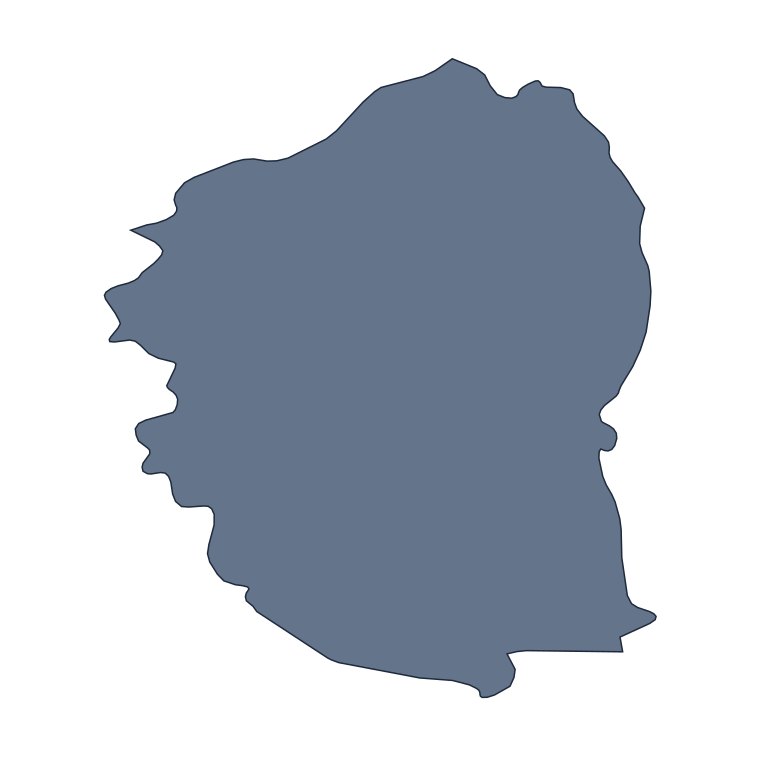 an SVG outline of Orebro, rotated 176°
{"feature_id": "SWE-183", "entity_name": "Orebro", "entity_type": "County", "adm_level": 1, "iso_a3": "SWE", "parent_name": "Sweden", "parent_adm1": "", "projection": "equal_earth", "projection_center": [15.084, 59.383], "detail": "fine", "context": "isolated", "style": "filled", "palette": "slate", "viewbox_px": 768, "rotation_deg": 176, "n_neighbors": 0, "source": "natural_earth", "source_scale": "10m", "svg_char_len": 2677}
<svg xmlns="http://www.w3.org/2000/svg" viewBox="0 0 768 768"><g transform="rotate(176 384 384)"><path d="M172.4,304.0L174.1,301.3L174.8,294.9L172.2,276.4L169.3,267.7L164.5,257.9L161.7,250.3L158.2,233.1L157.6,222.3L158.9,194.1L156.0,155.9L152.4,147.6L146.5,143.3L134.8,138.4L130.8,135.9L128.8,133.2L129.9,130.0L135.4,126.7L166.2,115.1L164.6,100.2L260.6,108.1L270.0,107.8L280.1,106.2L273.1,90.2L274.8,82.2L279.4,73.7L295.4,66.1L302.7,64.3L308.0,64.5L309.6,65.9L309.9,67.5L309.9,69.5L310.7,71.9L313.0,73.9L319.8,77.9L336.4,83.5L369.0,88.3L448.5,109.2L455.6,112.4L459.3,114.6L526.8,165.9L530.1,171.3L536.4,177.3L537.1,181.5L536.0,185.0L533.0,188.9L534.1,191.0L539.2,192.7L546.2,194.1L557.5,198.8L563.4,205.8L570.2,218.5L571.9,227.0L569.9,236.0L563.3,255.2L562.5,265.8L564.6,271.5L567.8,274.2L572.1,274.9L587.4,274.9L594.5,275.9L600.1,281.4L602.5,288.9L603.5,301.1L605.3,306.8L608.5,310.4L613.2,311.3L622.6,310.5L626.2,311.0L630.5,313.8L631.1,317.9L629.9,321.8L622.7,330.5L622.4,331.3L622.4,332.2L622.5,334.6L624.3,336.7L632.8,344.2L634.8,350.2L635.2,356.7L631.4,361.7L624.2,364.6L596.5,370.3L594.0,372.8L591.7,377.9L590.9,383.2L592.2,387.3L594.8,390.6L598.8,393.8L600.4,395.9L600.8,397.5L591.2,414.5L590.2,418.7L592.4,420.6L607.2,425.4L616.4,430.7L624.4,439.8L629.1,444.0L634.6,445.6L649.7,444.7L654.6,445.4L655.0,447.6L653.5,449.8L645.4,458.4L642.8,462.6L643.9,466.3L647.0,473.1L655.8,488.0L656.7,492.0L654.9,495.0L649.6,498.2L642.4,500.5L632.0,502.5L626.0,504.5L621.6,507.0L617.4,512.0L605.3,520.2L600.6,524.3L596.8,528.3L595.3,532.4L598.4,537.4L602.7,541.7L625.9,555.1L609.7,559.2L599.8,560.3L589.9,563.1L582.0,567.0L578.9,570.8L578.3,574.2L579.4,577.2L580.5,582.4L578.5,588.8L569.0,598.6L559.0,603.4L518.7,615.9L508.4,617.7L498.3,617.6L485.1,614.5L475.5,614.1L464.1,616.0L424.6,632.4L413.7,639.9L385.3,666.6L372.9,676.3L366.3,680.0L323.6,688.0L311.1,693.0L293.2,703.7L269.5,692.0L262.0,685.3L257.2,674.0L250.8,664.8L243.5,661.3L236.6,660.2L232.3,661.5L230.2,663.4L229.4,665.6L228.2,667.8L225.0,670.2L219.2,673.1L212.0,675.7L209.0,675.7L207.3,674.0L205.5,670.2L201.5,668.8L187.0,667.4L178.2,664.5L175.1,660.2L174.3,651.4L172.4,644.8L167.3,637.2L146.9,616.2L143.2,609.7L142.7,604.6L143.4,598.8L142.7,594.5L140.5,589.9L132.9,579.9L126.3,568.9L120.3,557.2L117.6,552.9L111.8,541.2L117.4,523.6L119.2,506.2L117.4,497.1L112.6,483.7L111.6,477.9L111.3,458.0L113.1,443.4L118.9,417.5L126.0,399.9L134.6,384.1L147.6,365.8L149.8,361.4L150.9,358.5L153.3,355.7L165.5,347.2L169.4,343.1L171.4,338.6L169.8,331.8L168.6,330.5L162.0,326.5L158.1,323.1L155.7,318.7L155.6,313.4L158.2,306.4L161.4,302.8L165.1,301.6L168.3,302.2L172.4,304.0Z" fill="#64748b" stroke="#1e293b" stroke-width="1.5"/></g></svg>